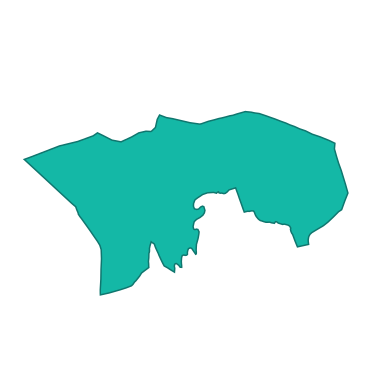 Al-Falluja, Al-Anbar, Iraq (Natural Earth projection), rotated 73°
{"feature_id": "34846034B2556059967776", "entity_name": "Al-Falluja", "entity_type": "district", "adm_level": 2, "iso_a3": "IRQ", "parent_name": "Iraq", "parent_adm1": "Al-Anbar", "projection": "natural_earth1", "projection_center": [43.931, 33.191], "detail": "fine", "context": "isolated", "style": "filled", "palette": "teal", "viewbox_px": 384, "rotation_deg": 73, "n_neighbors": 0, "source": "geoboundaries", "source_scale": "gbopen_adm2", "svg_char_len": 3478}
<svg xmlns="http://www.w3.org/2000/svg" viewBox="0 0 384 384"><g transform="rotate(73 192 192)"><path d="M179.9,307.2L182.7,306.4L185.6,305.3L188.9,304.2L193.3,302.7L199.3,300.7L204.1,299.2L211.6,296.8L216.0,295.7L218.4,295.7L220.6,295.7L224.7,296.8L229.5,298.1L239.4,301.6L242.8,302.7L248.7,304.6L258.7,308.3L262.4,309.4L263.6,309.7L263.9,305.9L264.3,300.7L264.4,294.4L264.5,289.4L264.4,282.8L264.0,277.3L263.1,275.5L261.3,273.3L260.6,271.8L257.2,266.8L257.1,266.7L254.7,263.9L253.4,260.4L251.6,255.4L249.9,255.0L248.2,254.5L245.7,254.0L242.4,252.6L238.2,251.2L236.7,250.2L235.0,249.6L233.5,249.2L232.1,248.4L231.3,248.0L227.7,245.6L228.5,245.1L230.4,243.4L231.5,243.2L233.3,243.2L235.4,243.0L237.6,242.7L240.9,242.2L242.6,242.1L247.1,241.5L251.1,240.9L253.2,240.5L254.6,240.2L257.4,237.5L260.3,235.1L263.5,232.2L261.5,231.4L259.9,230.8L257.8,230.6L256.4,229.9L255.7,229.0L255.8,227.9L258.3,226.0L259.1,225.8L260.0,225.5L260.5,225.3L261.0,223.9L259.7,223.5L258.3,223.2L257.6,223.1L255.2,222.5L252.1,221.3L250.8,220.6L249.9,219.8L249.9,219.3L249.8,218.3L250.6,217.1L250.8,215.6L250.3,214.6L248.2,214.0L246.3,212.9L245.1,211.9L244.9,210.1L245.8,208.8L247.7,208.2L250.0,207.5L251.9,206.9L252.6,206.7L252.4,206.0L250.6,205.4L249.0,205.1L246.4,204.2L243.2,203.0L242.5,202.5L238.7,200.1L237.3,199.3L234.1,197.7L232.2,196.9L229.6,197.3L228.8,198.6L228.8,200.2L228.0,201.2L225.5,201.1L222.7,199.6L221.2,198.7L221.0,198.4L220.5,197.6L220.0,196.7L219.4,195.2L218.7,191.8L217.4,188.4L215.6,186.3L214.4,185.6L213.3,185.0L209.5,185.0L208.6,186.1L208.6,186.3L208.9,188.2L210.3,190.8L210.0,192.7L208.8,194.6L206.1,194.8L203.5,193.9L200.5,191.6L200.1,190.7L199.2,188.3L198.5,185.8L197.5,182.5L197.3,177.6L197.3,177.4L198.7,171.5L200.3,168.9L199.7,167.9L199.6,166.6L200.6,166.5L201.4,165.4L201.7,163.9L202.9,162.0L203.0,160.5L202.3,158.5L200.8,155.9L200.8,149.1L208.0,148.7L211.5,148.6L220.3,148.2L223.2,148.1L226.5,147.9L226.6,145.6L226.7,144.4L227.3,142.8L227.3,142.1L227.4,141.3L227.5,140.3L228.2,138.7L229.3,138.3L232.5,138.1L234.4,137.7L235.5,137.2L236.6,136.8L237.7,136.2L239.2,135.1L240.1,133.7L241.3,132.1L242.5,130.2L243.1,128.3L243.5,126.6L244.4,125.4L244.9,124.6L245.6,123.1L246.0,122.4L244.8,120.8L245.2,119.8L246.8,118.7L247.2,118.2L247.8,117.3L249.5,114.8L249.7,113.1L250.7,111.5L251.6,110.0L253.1,108.6L255.4,108.1L256.3,108.7L257.2,108.8L258.3,108.9L259.7,108.8L260.8,108.6L262.0,108.2L265.0,108.0L268.8,107.8L269.9,107.7L274.3,107.3L275.3,107.2L276.2,95.8L273.3,95.3L271.8,94.9L270.1,94.1L268.8,93.4L267.0,91.6L266.4,90.4L265.9,89.4L265.2,86.7L264.2,82.7L263.5,79.8L263.0,77.6L262.6,76.1L260.7,71.2L260.3,70.3L257.3,64.3L254.9,59.8L253.7,57.6L252.7,54.1L245.2,48.5L238.6,43.2L229.8,43.0L215.1,43.0L207.3,43.4L200.2,43.4L192.4,43.2L191.7,42.9L187.2,41.1L183.0,45.6L176.6,53.5L171.9,60.1L166.7,65.6L163.1,70.6L159.3,74.9L156.4,78.8L153.6,82.0L150.4,86.3L146.3,91.5L143.3,95.6L140.9,98.8L136.6,104.8L134.7,109.0L132.9,112.2L130.9,117.1L130.7,117.4L130.6,122.0L130.5,126.5L130.6,130.5L130.2,133.6L130.1,137.6L129.9,141.7L129.6,144.7L129.5,149.6L129.2,155.7L129.5,163.4L129.2,165.2L128.7,166.1L125.2,173.6L116.1,189.3L113.4,194.7L108.9,200.5L112.4,204.0L119.6,208.1L122.0,212.9L122.1,213.7L120.4,218.3L119.9,225.6L121.7,233.5L123.3,245.2L119.0,253.4L112.0,260.6L108.1,264.8L107.8,265.1L109.4,270.1L110.3,286.5L109.2,305.2L111.5,337.3L111.8,342.9L167.4,310.5L170.1,308.8L172.1,307.5L175.2,307.4L178.7,307.0L179.9,307.2Z" fill="#14b8a6" stroke="#0f766e" stroke-width="1.5"/></g></svg>